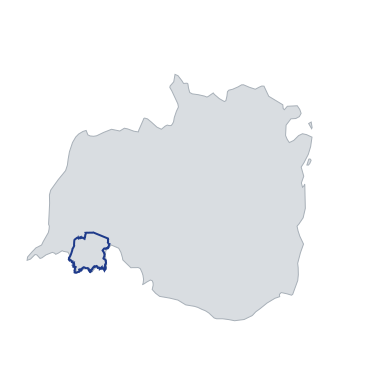 Siem Pang, Stœng Trêng, Cambodia (highlighted), rotated 202°
{"feature_id": "14789045B29647510840066", "entity_name": "Siem Pang", "entity_type": "district", "adm_level": 2, "iso_a3": "KHM", "parent_name": "Cambodia", "parent_adm1": "Stœng Trêng", "projection": "natural_earth1", "projection_center": [106.38, 14.216], "detail": "fine", "context": "in_parent", "style": "outline", "palette": "blue", "viewbox_px": 384, "rotation_deg": 202, "n_neighbors": 0, "source": "geoboundaries", "source_scale": "gbopen_adm2", "svg_char_len": 7479}
<svg xmlns="http://www.w3.org/2000/svg" viewBox="0 0 384 384"><g transform="rotate(202 192 192)"><path d="M319.3,66.9L320.1,70.1L318.0,76.2L315.8,81.7L311.6,86.5L311.4,90.1L310.0,100.6L310.6,104.0L311.5,106.9L312.9,108.4L316.5,118.8L319.8,128.2L323.1,135.9L323.7,140.8L320.7,153.2L317.2,164.5L317.6,170.2L319.1,175.9L320.7,183.4L321.3,193.1L320.4,199.4L318.8,203.3L315.8,207.3L313.2,209.4L310.0,206.0L307.5,205.8L304.1,206.8L301.5,208.4L296.1,214.3L290.1,220.0L281.8,221.5L278.6,225.8L275.2,226.4L268.6,226.6L264.3,227.6L264.5,229.7L264.2,239.8L264.2,242.2L263.6,242.8L260.6,243.1L255.6,241.5L248.8,239.0L243.9,238.7L241.5,243.1L240.0,244.8L238.1,245.0L236.2,245.8L235.6,247.8L235.4,250.2L236.3,254.4L236.7,261.1L236.4,265.7L238.2,268.5L248.6,278.2L251.7,280.6L252.0,282.1L250.2,287.3L251.8,294.7L248.6,294.6L243.1,291.4L240.5,289.5L237.4,291.0L236.3,290.7L234.2,287.1L231.4,283.4L228.5,283.1L222.5,284.6L216.3,285.6L213.9,285.6L213.0,286.3L209.4,291.8L207.9,290.9L201.6,288.8L195.9,288.0L194.8,289.4L195.5,293.9L196.7,298.3L196.0,300.2L192.8,302.5L188.7,306.7L186.2,309.9L184.4,310.7L178.1,310.6L171.8,311.0L169.3,314.0L167.0,316.4L164.9,317.1L156.7,309.5L140.5,306.9L138.7,303.5L137.2,302.9L135.7,307.2L126.7,311.4L123.0,308.9L120.3,305.8L120.7,302.1L123.3,299.0L127.7,296.9L129.8,289.2L126.4,279.4L123.5,276.5L120.3,274.3L117.0,277.9L114.3,284.2L111.4,287.4L107.3,288.1L101.3,287.8L99.0,278.5L98.3,270.5L99.1,261.4L100.1,256.0L94.3,248.5L94.0,241.4L91.3,237.8L90.5,239.6L90.5,241.6L89.8,240.2L80.8,219.3L79.3,209.7L80.9,202.2L81.8,199.7L79.2,195.8L75.5,191.4L69.1,185.5L68.7,176.3L67.3,165.4L65.3,161.8L62.4,155.1L60.8,149.5L60.3,134.8L61.1,133.6L65.7,133.2L71.6,132.2L72.6,129.8L71.5,127.8L75.3,124.5L80.8,117.2L85.0,109.6L88.0,104.8L89.8,100.1L95.9,93.3L104.3,88.6L110.0,87.5L115.9,86.0L121.6,83.7L124.3,83.5L131.3,86.2L135.1,86.9L139.1,86.9L143.3,87.2L146.9,86.9L155.5,85.0L164.6,86.5L172.8,85.3L182.9,83.1L187.9,84.5L192.4,86.7L193.1,91.1L194.1,93.2L195.6,94.8L197.6,94.8L200.2,91.6L202.4,88.4L203.1,87.8L203.2,89.4L204.2,92.9L206.2,96.3L208.1,98.6L211.3,101.6L213.5,101.8L220.4,98.9L230.7,103.1L232.0,105.2L235.3,109.4L238.9,112.4L247.0,112.6L249.9,105.2L248.5,100.6L243.9,92.7L242.7,88.0L244.1,87.2L251.9,86.3L253.2,85.4L254.9,80.3L257.0,80.8L261.4,81.5L266.0,78.0L268.7,74.3L270.1,76.0L271.8,78.6L273.5,80.1L276.8,82.3L280.5,85.4L282.7,88.5L284.5,89.7L289.2,88.8L290.4,88.9L293.1,85.2L295.0,83.2L296.6,83.8L298.9,83.7L303.8,79.0L306.5,74.7L308.0,73.5L312.4,75.6L314.1,75.2L316.6,69.3L319.3,66.9ZM96.0,266.2L95.1,266.8L94.3,266.7L93.4,265.9L93.5,262.5L94.2,260.5L95.6,260.1L96.0,266.2ZM109.5,299.2L107.7,301.5L104.8,296.8L104.8,295.5L109.5,299.2Z" fill="#d9dde1" stroke="#a8b0b8" stroke-width="1"/><path d="M281.3,85.5L281.2,85.3L281.3,85.1L281.4,84.9L281.4,84.7L281.0,84.2L281.0,83.7L280.9,83.7L280.7,83.5L280.7,83.3L280.7,83.2L280.4,82.9L280.1,82.7L279.8,82.6L279.6,83.1L279.6,83.3L279.3,83.4L278.9,83.3L278.8,83.0L278.7,83.0L278.1,83.0L277.9,83.0L277.8,82.8L277.7,82.7L277.5,82.8L277.3,82.6L276.8,82.4L276.7,82.5L276.6,82.2L276.7,81.9L276.3,81.9L276.2,82.0L276.0,81.9L275.7,82.0L275.5,81.9L275.1,82.2L275.0,81.5L275.0,81.3L274.6,81.3L274.6,81.1L274.4,80.8L274.3,80.6L274.2,80.4L274.2,80.1L274.4,79.9L274.2,79.9L274.3,79.7L274.2,79.4L274.2,79.1L273.9,79.2L273.7,79.2L273.7,78.9L273.6,78.7L273.6,78.4L273.4,78.5L273.2,78.4L272.9,78.6L272.7,78.5L272.2,78.8L271.8,78.9L271.7,78.6L271.7,78.4L271.9,78.1L272.1,77.6L272.1,77.4L271.9,77.1L271.7,76.8L271.6,76.7L271.7,76.2L271.5,75.9L271.5,75.1L271.4,75.0L271.2,74.9L271.3,74.8L271.0,74.5L270.9,73.6L270.7,73.4L270.2,73.5L269.7,73.5L269.2,73.7L268.7,74.0L268.5,74.3L268.4,74.5L268.0,74.9L267.5,75.3L267.0,75.5L266.7,75.7L266.5,76.1L266.6,76.5L266.9,76.9L267.4,77.5L267.6,77.8L267.4,78.1L267.2,78.2L265.7,77.4L265.4,77.5L265.2,77.8L265.1,78.0L265.2,78.6L265.3,79.0L265.6,79.2L265.7,79.4L265.6,79.5L265.4,79.9L264.8,80.3L264.7,80.4L264.7,80.5L264.8,80.9L264.7,81.1L264.3,81.6L264.2,81.7L263.3,81.8L262.8,81.7L262.5,81.6L262.2,81.5L261.3,81.9L260.8,82.0L260.4,82.2L260.2,82.4L259.9,82.3L259.7,82.3L259.4,82.3L259.2,82.1L259.2,81.8L259.1,81.7L258.9,81.7L258.6,81.7L258.4,81.3L258.4,81.0L258.3,80.7L258.2,80.7L257.9,80.5L257.7,80.6L257.5,80.4L257.4,80.2L257.1,80.1L257.0,80.5L256.9,80.4L256.9,80.1L256.6,79.6L256.3,79.6L256.2,79.8L256.2,80.0L256.1,80.6L255.9,80.8L255.7,81.1L255.8,81.2L255.9,81.5L256.1,81.8L256.3,82.2L256.1,82.5L255.9,82.4L255.9,82.5L255.9,82.9L255.5,83.1L255.5,83.6L255.6,83.9L255.5,84.0L255.5,84.8L255.2,85.0L254.9,85.8L255.0,86.1L254.9,86.2L254.6,86.7L254.3,86.7L254.0,86.4L253.9,86.3L253.7,86.5L253.2,87.3L253.0,87.6L252.3,87.6L251.7,87.4L251.5,87.2L251.4,86.7L251.2,86.5L251.0,86.4L250.9,86.3L250.7,86.4L250.3,86.7L250.0,87.0L249.8,87.1L249.2,86.7L248.9,86.2L248.8,86.5L248.5,86.3L248.4,86.4L248.2,86.4L248.0,86.7L247.8,86.8L247.9,87.1L247.9,87.4L248.0,87.6L247.8,88.0L247.6,88.4L247.4,87.9L247.1,87.6L246.8,87.7L246.7,87.6L246.6,88.0L246.2,87.7L246.0,87.8L245.9,88.0L245.5,87.9L245.3,88.0L245.1,87.9L244.6,87.3L244.5,87.1L244.3,86.9L244.2,86.7L243.8,86.4L243.8,86.8L243.6,87.0L243.6,87.3L243.5,87.5L243.4,87.7L243.5,87.8L243.7,88.0L243.5,88.6L243.5,89.1L243.8,89.4L243.8,89.7L243.9,89.9L244.2,89.9L244.4,89.7L244.5,89.7L244.9,89.8L245.0,90.0L244.9,90.2L244.9,90.6L245.0,91.0L245.1,91.5L245.3,91.8L245.3,92.0L245.4,92.3L245.1,92.7L245.0,92.8L245.0,93.0L245.1,93.4L245.1,93.7L245.1,93.8L245.3,93.9L245.3,94.0L245.4,94.6L245.5,94.7L245.6,95.0L245.8,95.1L246.1,95.4L246.3,95.8L246.2,96.1L246.3,96.2L246.6,96.5L246.8,96.6L247.0,96.6L247.4,96.8L247.7,96.8L248.0,97.0L248.9,97.0L249.0,97.1L249.3,97.3L249.3,97.9L249.3,98.9L249.2,99.5L249.4,100.2L249.7,100.9L249.7,101.4L249.7,101.6L250.0,101.9L250.3,102.0L250.5,102.2L250.8,102.6L250.9,102.8L251.0,102.9L251.0,103.0L251.3,103.2L251.8,103.4L251.9,103.5L252.1,103.7L252.3,103.8L252.5,103.9L253.0,104.3L252.8,105.1L252.6,105.4L252.6,105.5L252.6,105.8L252.5,106.1L252.4,106.2L252.4,106.5L252.2,106.7L252.1,106.8L251.8,107.0L251.6,107.0L251.0,107.2L250.7,107.0L250.3,107.3L250.0,107.7L250.1,108.0L249.8,108.1L249.8,108.3L249.7,108.4L248.9,108.4L248.8,108.6L248.7,109.1L248.9,109.7L249.0,109.8L248.8,110.0L248.9,110.4L248.9,110.8L249.0,111.2L248.9,111.7L248.9,112.2L249.0,112.8L249.4,112.7L249.9,112.7L250.2,113.0L251.0,113.6L251.2,113.8L251.2,114.0L251.2,114.5L251.3,114.7L251.9,115.9L251.9,116.2L252.0,116.4L252.0,116.7L252.4,116.9L252.4,117.1L252.5,117.4L268.4,117.5L269.2,116.9L270.6,116.4L272.9,115.4L274.2,114.9L275.4,114.3L274.9,113.8L274.8,113.4L274.8,113.0L274.8,112.9L274.9,112.7L274.9,112.4L274.9,112.2L274.9,111.9L274.5,111.4L274.5,111.0L274.5,110.8L274.5,110.6L274.4,110.4L274.4,110.1L274.3,109.9L274.2,109.8L274.2,109.5L274.2,109.4L274.2,109.2L274.3,109.3L274.4,109.1L274.4,108.9L274.4,108.6L274.3,108.4L275.1,108.4L275.2,108.5L275.3,108.5L275.5,108.5L275.8,108.6L276.0,108.8L276.3,108.8L276.6,108.6L276.7,108.4L276.9,108.3L277.0,108.2L277.2,108.3L277.3,108.3L277.4,108.2L277.4,108.3L277.5,108.3L277.6,108.2L277.8,108.2L278.0,108.1L278.3,108.2L278.3,108.3L278.6,108.2L278.8,107.9L278.8,108.0L278.9,107.9L278.9,107.7L279.1,107.7L279.3,107.4L279.5,107.4L279.8,107.2L280.2,106.8L280.3,106.9L280.4,107.0L280.4,106.9L280.5,106.9L280.8,106.9L281.0,106.8L281.3,106.5L281.5,106.4L282.3,105.0L282.8,104.2L283.0,103.8L283.0,103.2L282.6,101.8L281.5,98.6L281.3,98.4L281.1,98.0L281.2,96.2L281.2,95.8L281.4,95.3L281.5,94.3L281.5,94.2L281.3,93.9L281.1,92.1L280.9,89.2L280.9,87.0L281.0,86.8L281.0,86.4L281.3,85.5Z" fill="none" stroke="#1e3a8a" stroke-width="2"/></g></svg>